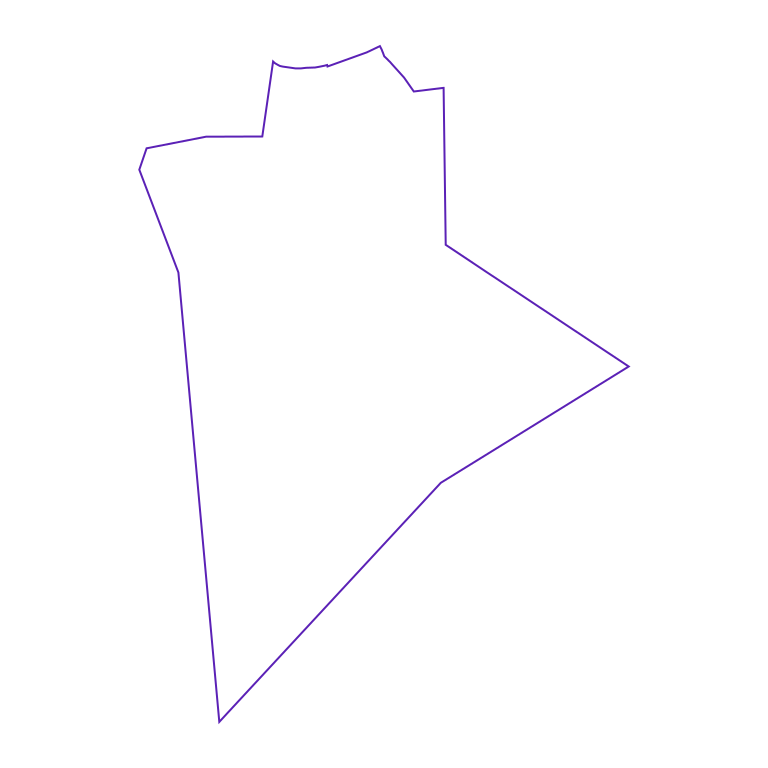 the district of Al-Hammam, Matruh, Egypt
{"feature_id": "37247803B30384422366927", "entity_name": "Al-Hammam", "entity_type": "district", "adm_level": 2, "iso_a3": "EGY", "parent_name": "Egypt", "parent_adm1": "Matruh", "projection": "natural_earth1", "projection_center": [29.325, 29.822], "detail": "fine", "context": "isolated", "style": "outline", "palette": "violet", "viewbox_px": 768, "rotation_deg": 0, "n_neighbors": 0, "source": "geoboundaries", "source_scale": "gbopen_adm2", "svg_char_len": 806}
<svg xmlns="http://www.w3.org/2000/svg" viewBox="0 0 768 768"><path d="M443.6,87.9L443.2,87.9L413.8,91.5L404.0,77.5L403.9,77.4L401.2,74.4L392.0,64.2L390.0,61.9L389.9,61.8L388.5,60.5L387.8,59.7L385.2,57.2L384.3,56.4L383.5,54.3L382.8,52.3L382.7,52.2L382.3,51.3L382.2,50.9L381.7,49.6L379.9,46.1L369.3,51.2L367.3,52.1L367.0,52.3L327.5,66.5L327.1,65.0L324.5,65.7L319.1,66.8L315.1,67.5L306.2,67.8L300.9,68.4L295.5,68.4L289.9,67.6L282.8,66.6L280.5,66.1L280.0,66.0L279.6,65.8L277.7,64.8L274.8,63.1L273.1,61.5L262.3,136.5L206.0,136.7L146.6,148.3L139.3,169.7L178.4,272.5L219.3,721.9L227.4,713.1L440.8,482.8L503.9,443.8L553.8,412.9L628.4,366.7L628.7,366.5L508.2,286.4L486.3,271.9L472.7,262.8L446.0,245.0L445.7,244.8L445.7,244.0L445.7,243.5L443.6,87.9L443.6,87.9Z" fill="none" stroke="#5b21b6" stroke-width="2"/></svg>